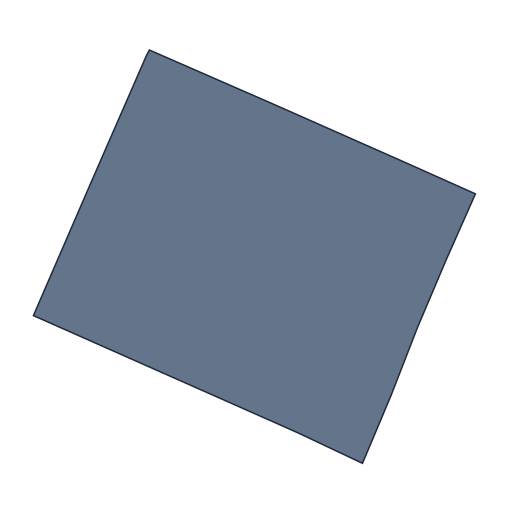 the district of Calhoun, Michigan, United States of America, rotated 24°
{"feature_id": "52423323B83216997168668", "entity_name": "Calhoun", "entity_type": "district", "adm_level": 2, "iso_a3": "USA", "parent_name": "United States of America", "parent_adm1": "Michigan", "projection": "orthographic", "projection_center": [-84.967, 42.246], "detail": "fine", "context": "isolated", "style": "filled", "palette": "slate", "viewbox_px": 512, "rotation_deg": 24, "n_neighbors": 0, "source": "geoboundaries", "source_scale": "gbopen_adm2", "svg_char_len": 322}
<svg xmlns="http://www.w3.org/2000/svg" viewBox="0 0 512 512"><g transform="rotate(24 256 256)"><path d="M214.3,110.2L74.8,111.2L74.4,117.5L75.4,255.8L76.9,401.0L365.3,400.5L437.6,402.1L436.1,328.2L432.6,255.4L431.3,182.3L431.2,110.0L359.1,109.9L214.3,110.2Z" fill="#64748b" stroke="#1e293b" stroke-width="1.5"/></g></svg>